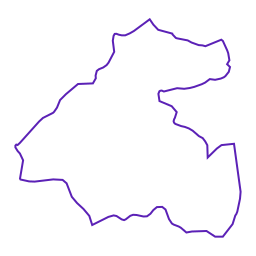 SVG path tracing the border of La Paz
{"feature_id": "HND-649", "entity_name": "La Paz", "entity_type": "Department", "adm_level": 1, "iso_a3": "HND", "parent_name": "Honduras", "parent_adm1": "", "projection": "mercator", "projection_center": [-87.867, 14.132], "detail": "fine", "context": "isolated", "style": "outline", "palette": "violet", "viewbox_px": 256, "rotation_deg": 0, "n_neighbors": 0, "source": "natural_earth", "source_scale": "10m", "svg_char_len": 1680}
<svg xmlns="http://www.w3.org/2000/svg" viewBox="0 0 256 256"><path d="M34.7,181.6L29.1,181.4L20.5,179.5L20.0,178.6L23.1,160.3L19.9,153.5L17.7,151.1L15.4,147.4L15.4,145.6L16.3,144.6L17.6,145.0L19.8,143.0L39.1,121.5L43.0,117.9L53.1,112.8L54.1,111.8L57.0,107.6L60.1,100.0L65.9,94.2L78.0,84.0L92.9,83.4L95.8,78.3L95.6,75.6L96.8,70.9L99.0,69.2L103.2,67.5L106.6,65.1L108.5,62.7L114.2,51.8L112.8,40.7L113.6,35.8L114.7,33.9L116.4,33.8L118.8,34.7L121.6,35.3L125.3,35.3L129.7,33.4L133.9,31.0L149.7,19.3L153.4,24.7L158.2,29.8L172.3,33.6L172.5,34.4L175.8,37.9L176.9,38.3L187.7,40.4L191.5,42.5L198.7,45.1L202.5,45.4L205.4,46.2L221.3,39.7L222.9,41.0L227.2,50.4L228.2,53.2L229.4,60.3L227.1,64.2L230.0,67.0L228.8,71.8L225.4,76.1L223.8,77.3L220.7,78.6L215.1,79.8L209.8,79.1L205.1,82.6L201.8,84.2L194.2,86.9L189.8,88.0L184.2,88.8L177.1,88.2L163.9,91.5L161.8,90.6L161.2,90.6L160.2,90.8L159.4,91.3L158.4,93.8L159.5,101.1L171.7,106.2L176.7,112.1L174.9,117.8L174.1,119.3L173.6,121.2L174.0,122.6L175.3,123.9L181.2,126.1L184.8,126.9L188.8,128.4L192.7,130.7L198.9,136.1L202.7,138.1L205.2,141.4L207.3,145.2L207.7,157.5L216.9,148.5L221.5,145.1L234.0,143.8L240.6,191.8L240.0,198.8L237.3,211.6L236.3,214.1L235.3,215.5L232.6,224.1L222.8,236.7L215.2,236.7L206.5,231.0L191.9,231.5L186.4,232.5L180.8,227.7L178.7,226.5L173.7,224.6L171.9,223.5L169.0,219.1L165.5,209.5L162.2,206.9L156.9,207.1L153.3,210.1L150.4,213.8L147.0,216.3L143.5,216.5L136.6,215.0L133.1,214.8L130.3,215.8L125.8,219.3L124.1,220.1L121.7,219.4L116.5,216.0L114.5,215.6L113.7,215.4L108.4,216.9L92.2,225.0L89.3,215.9L83.5,209.0L77.0,203.0L71.8,196.8L66.6,183.3L62.6,179.9L53.2,179.4L34.7,181.6Z" fill="none" stroke="#5b21b6" stroke-width="2"/></svg>